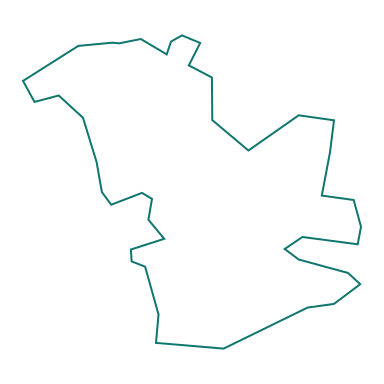 Shakhrixan, Andijon, Uzbekistan (Natural Earth projection)
{"feature_id": "79887680B98657239808063", "entity_name": "Shakhrixan", "entity_type": "district", "adm_level": 2, "iso_a3": "UZB", "parent_name": "Uzbekistan", "parent_adm1": "Andijon", "projection": "natural_earth1", "projection_center": [72.04, 40.728], "detail": "fine", "context": "isolated", "style": "outline", "palette": "teal", "viewbox_px": 384, "rotation_deg": 0, "n_neighbors": 0, "source": "geoboundaries", "source_scale": "gbopen_adm2", "svg_char_len": 637}
<svg xmlns="http://www.w3.org/2000/svg" viewBox="0 0 384 384"><path d="M223.6,348.6L307.5,307.6L334.0,303.9L360.2,284.2L348.1,273.0L298.7,259.5L284.7,249.0L302.4,237.0L357.7,244.3L361.0,226.8L353.7,200.0L321.8,195.6L330.0,152.3L334.0,120.3L298.7,115.3L248.4,150.5L212.3,120.1L211.9,77.5L188.8,65.4L200.2,43.0L182.0,35.4L171.0,41.6L166.7,54.4L140.8,39.0L119.4,43.3L112.1,42.7L78.3,45.9L23.0,80.9L34.5,101.9L58.7,95.5L83.0,117.8L96.6,162.1L101.9,192.1L111.2,204.7L142.0,192.9L152.0,198.9L148.4,219.7L164.2,238.8L130.9,249.5L131.6,261.4L145.1,266.7L158.5,314.4L156.0,342.9L223.6,348.6Z" fill="none" stroke="#0f766e" stroke-width="2"/></svg>